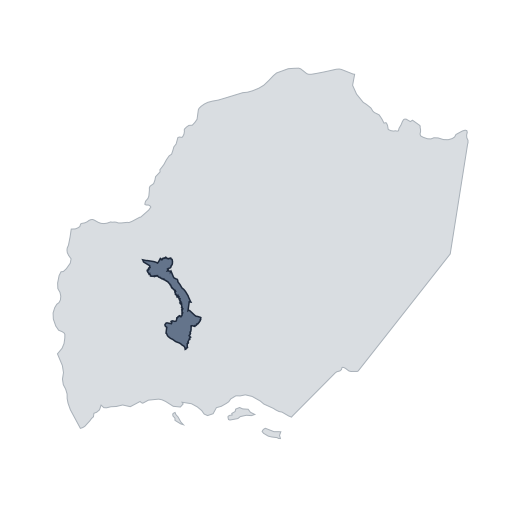 location of Kilombero, Morogoro, United Republic of Tanzania, rotated 99°
{"feature_id": "72390352B25590445201102", "entity_name": "Kilombero", "entity_type": "district", "adm_level": 2, "iso_a3": "TZA", "parent_name": "United Republic of Tanzania", "parent_adm1": "Morogoro", "projection": "mercator", "projection_center": [36.337, -8.562], "detail": "fine", "context": "in_parent", "style": "filled", "palette": "slate", "viewbox_px": 512, "rotation_deg": 99, "n_neighbors": 0, "source": "geoboundaries", "source_scale": "gbopen_adm2", "svg_char_len": 9433}
<svg xmlns="http://www.w3.org/2000/svg" viewBox="0 0 512 512"><g transform="rotate(99 256 256)"><path d="M185.9,364.4L180.1,361.3L174.9,359.5L170.6,357.4L168.7,355.3L164.6,354.6L161.1,354.2L157.9,352.4L151.3,351.7L150.5,350.4L150.4,347.6L149.2,346.9L146.8,346.2L144.2,346.2L142.6,346.6L141.7,346.4L139.5,344.8L137.5,342.7L136.8,339.4L133.7,337.3L130.2,335.6L120.5,335.8L119.0,335.3L116.7,333.6L114.0,330.8L111.8,327.7L109.9,323.4L107.9,317.6L96.7,294.5L95.6,290.1L93.4,285.3L89.8,279.4L86.1,275.0L80.9,271.0L75.1,267.0L72.0,264.3L66.0,253.5L64.8,248.4L63.8,243.2L64.2,241.1L68.0,234.3L68.3,232.4L67.9,229.8L66.1,224.5L63.7,217.9L59.0,206.0L58.3,203.0L58.4,200.8L61.1,188.7L61.1,187.0L72.3,187.3L80.4,182.0L87.5,174.1L88.9,170.8L91.8,165.7L94.7,163.2L95.8,161.5L97.4,156.4L101.1,153.0L104.7,150.4L104.0,148.5L104.5,147.8L106.5,146.5L110.3,145.2L111.1,142.6L111.1,139.6L110.5,137.9L110.6,136.0L110.0,134.9L107.5,134.7L103.7,133.2L100.6,132.5L98.5,131.7L97.7,131.0L97.3,129.2L99.1,124.6L97.4,122.7L101.2,115.1L101.9,114.2L103.4,114.0L105.6,113.2L107.7,112.9L109.4,113.1L110.6,112.8L111.7,112.0L112.6,109.4L113.4,105.0L113.0,101.5L111.4,98.8L110.9,94.6L111.7,89.1L111.1,84.4L109.4,80.7L107.5,78.5L104.7,77.5L100.3,71.8L99.0,69.1L99.2,67.4L100.8,66.7L103.6,66.9L106.2,66.3L108.6,64.7L111.0,64.3L112.3,64.5L223.6,64.5L353.6,137.1L354.2,138.0L355.2,144.2L355.0,146.3L353.0,150.0L352.4,151.8L352.4,153.1L352.9,153.7L354.6,153.8L356.0,154.7L356.5,155.4L357.7,158.1L359.1,159.5L408.5,195.1L409.6,195.7L408.9,198.7L406.1,205.9L406.0,209.0L404.9,212.5L403.8,214.9L401.0,225.1L398.6,229.0L395.3,237.9L394.8,244.8L396.6,249.6L397.3,254.1L401.1,258.6L404.2,260.1L406.2,262.2L409.9,266.8L412.0,271.4L418.5,273.7L421.2,278.9L420.2,282.5L417.2,285.4L414.3,290.2L412.0,296.6L412.0,306.2L413.5,304.8L417.0,307.1L417.4,314.2L413.8,322.5L412.7,326.4L412.6,329.8L415.2,339.7L419.1,344.8L418.8,346.3L417.8,347.7L424.5,356.6L424.0,364.4L426.5,370.5L427.6,375.8L429.3,379.8L429.6,382.6L427.5,385.7L432.4,386.5L435.3,389.0L436.7,391.5L440.2,391.4L442.2,393.0L444.9,394.4L451.1,398.5L452.7,400.5L453.7,402.5L436.9,415.3L430.8,418.6L426.4,420.2L421.8,421.0L417.4,423.1L413.2,426.2L407.8,427.9L401.3,427.9L394.5,430.1L383.7,436.8L377.5,433.1L372.5,431.9L366.9,432.0L363.4,432.5L362.2,433.3L361.1,435.5L360.2,439.3L356.5,442.8L350.0,446.3L344.0,447.5L338.5,446.7L334.8,445.2L332.9,443.3L330.0,442.3L326.3,442.5L322.6,443.9L319.2,446.6L313.7,447.7L306.1,447.4L302.1,446.1L301.5,443.9L298.2,441.3L292.1,438.3L287.7,438.2L284.8,441.1L282.2,442.9L279.8,443.6L277.7,443.7L274.6,442.9L266.3,442.6L258.3,442.7L257.5,438.6L255.9,436.1L254.5,434.6L251.8,434.2L251.0,433.0L250.1,430.4L248.7,428.2L246.9,426.4L245.9,424.7L245.5,423.2L245.8,421.5L247.4,417.2L248.0,414.3L247.8,411.3L246.9,408.3L245.0,404.7L245.2,403.6L244.6,401.1L244.5,399.4L244.9,397.2L244.5,394.4L242.9,388.4L242.9,386.8L241.2,383.9L235.9,376.9L235.7,376.0L227.4,369.1L224.1,367.5L222.9,368.8L222.5,370.1L222.8,372.3L222.6,373.4L222.3,373.9L220.3,373.8L219.1,373.6L216.0,371.7L213.6,371.2L207.5,371.6L205.4,372.0L203.7,371.6L200.5,368.4L196.8,367.7L193.4,367.6L187.9,363.9L185.9,364.4ZM419.4,248.5L422.1,256.1L421.8,257.6L419.8,258.4L418.8,258.5L417.6,257.3L416.8,254.7L415.3,255.3L412.9,252.3L410.4,252.1L408.2,248.5L409.1,245.3L408.6,239.8L411.2,237.1L412.7,232.4L414.4,235.6L414.8,240.6L417.1,246.4L419.4,248.5ZM432.5,203.3L432.7,205.1L432.1,206.8L432.3,212.2L432.0,215.7L430.0,220.7L428.4,222.5L426.9,222.0L425.7,221.1L424.7,219.8L426.7,210.7L425.7,204.0L429.5,204.7L432.5,203.3ZM427.0,313.0L425.1,313.5L424.3,313.0L423.2,311.5L425.2,310.3L427.2,307.8L431.8,304.2L434.0,301.3L433.6,304.1L431.0,310.3L428.8,310.7L427.0,313.0Z" fill="#d9dde1" stroke="#a8b0b8" stroke-width="1"/><path d="M294.6,328.2L293.9,328.8L293.7,329.2L292.3,329.5L291.7,329.9L291.3,330.3L291.2,331.3L290.8,332.3L290.7,333.2L290.0,333.9L289.9,334.1L284.2,337.6L285.1,338.0L284.5,338.1L284.4,338.5L284.5,339.5L284.5,340.2L284.3,340.5L284.6,341.2L284.1,341.0L283.4,340.4L282.7,341.4L282.1,340.8L281.2,339.0L280.8,338.5L280.5,338.4L280.2,338.5L279.5,338.2L279.0,338.3L278.4,338.0L278.0,337.6L277.5,337.5L276.6,337.4L274.5,337.6L272.6,338.3L272.4,338.5L272.2,339.5L271.9,339.7L271.5,339.7L271.4,340.3L271.7,340.5L271.7,340.9L272.4,341.7L272.2,342.0L272.2,342.4L272.3,342.4L272.2,342.7L272.4,342.9L272.5,343.3L272.1,343.7L271.9,344.2L271.4,344.6L271.3,345.0L271.8,345.2L272.0,345.1L272.4,345.5L272.2,345.7L272.1,345.9L272.5,346.2L272.5,346.4L272.8,346.7L272.8,347.0L272.6,347.1L272.7,347.5L273.0,347.7L273.3,347.6L273.7,347.9L273.7,348.2L274.4,348.2L274.5,348.4L274.5,348.9L274.2,348.9L273.4,350.1L276.3,351.1L277.4,351.6L278.4,352.1L277.8,354.0L277.5,356.1L277.5,362.9L277.7,363.5L277.5,367.3L278.3,366.7L279.1,366.4L279.5,366.1L282.2,359.5L283.1,359.3L283.7,359.0L283.8,358.8L284.0,358.8L284.2,359.5L284.6,360.0L284.8,359.9L284.9,360.1L285.5,360.3L285.6,360.2L285.6,360.4L285.7,360.2L286.2,360.3L286.3,360.4L286.6,360.3L286.6,360.6L286.8,360.6L287.1,360.8L287.2,361.2L287.5,361.1L287.8,361.1L288.2,360.8L288.4,360.5L289.2,360.1L289.6,359.5L290.7,358.8L290.4,358.5L290.5,358.5L290.8,358.5L290.8,357.7L291.2,357.7L291.9,356.8L292.3,356.9L292.3,356.7L292.3,355.7L292.1,355.2L292.2,354.7L292.0,354.4L292.0,354.1L292.1,353.8L291.8,353.6L292.0,353.4L291.8,353.3L291.9,353.2L291.7,353.1L291.7,352.8L291.8,352.7L291.6,352.5L291.5,352.4L291.5,352.1L291.6,351.9L291.2,351.7L291.1,351.8L291.0,351.6L291.3,351.2L291.0,351.0L291.0,350.8L290.9,350.7L290.8,350.3L291.1,350.3L291.1,350.1L291.4,349.9L291.8,349.1L292.1,348.8L292.2,347.8L292.1,347.5L292.4,347.3L292.3,347.1L292.8,346.5L292.8,346.2L293.0,346.0L293.2,345.6L293.0,345.3L293.3,344.9L293.2,344.0L293.4,344.0L293.4,343.5L293.6,343.6L293.7,343.4L293.5,343.2L293.9,342.9L293.9,342.4L294.4,341.4L294.4,341.0L294.7,340.7L294.7,340.3L294.9,340.2L295.0,339.7L295.3,339.3L295.3,339.0L295.6,338.5L295.9,338.4L296.6,337.5L297.1,336.7L297.4,336.5L297.8,336.5L297.9,335.9L298.1,335.9L298.6,335.4L299.2,335.0L299.3,335.1L299.5,335.0L299.9,334.8L299.9,334.7L300.0,334.5L300.2,334.4L300.5,333.8L300.9,333.9L301.0,333.8L301.1,333.1L301.3,333.0L301.7,332.2L301.9,332.2L302.0,332.0L302.0,331.9L302.3,331.7L302.3,331.4L302.4,331.0L302.6,330.9L302.6,330.4L302.9,330.2L303.4,330.1L303.5,330.0L303.6,330.3L303.8,330.2L303.9,330.3L304.1,330.2L304.3,330.3L304.2,330.5L304.6,330.4L304.8,330.2L305.1,330.1L305.1,329.9L305.4,329.8L305.6,329.6L305.8,329.6L306.0,329.4L306.5,329.5L306.5,329.2L306.6,328.9L306.8,328.6L307.1,328.6L307.3,328.2L307.7,328.2L307.9,327.9L308.1,327.8L307.8,327.7L308.0,327.6L307.8,327.5L308.0,327.4L307.9,326.9L308.0,326.8L307.8,326.7L308.2,326.6L308.2,326.2L308.5,326.4L308.4,326.1L308.8,326.1L308.7,325.8L309.2,325.8L309.3,325.7L310.0,325.5L310.0,325.1L310.3,325.3L310.8,325.0L311.1,324.8L311.0,324.6L311.3,324.7L311.5,324.6L311.6,324.2L312.1,324.2L312.5,324.0L312.4,323.6L312.6,323.5L312.7,323.3L312.9,323.1L312.9,323.3L313.1,323.3L313.3,323.5L313.6,323.3L314.0,323.7L314.2,323.3L314.5,323.4L314.5,323.2L314.6,322.7L314.9,322.9L315.0,322.9L314.9,322.2L315.4,322.3L315.8,322.0L315.9,321.7L316.6,321.7L316.9,321.4L316.8,321.2L317.0,321.4L317.7,321.2L318.0,321.5L318.5,321.5L318.6,321.3L318.5,321.0L318.8,320.9L318.9,320.7L319.2,320.7L319.4,320.2L319.7,320.4L319.6,320.8L319.8,320.8L320.1,320.6L320.2,320.2L320.6,320.4L320.8,320.8L321.4,320.4L321.6,320.6L322.2,320.4L322.5,320.4L323.2,319.8L323.4,319.9L323.4,320.2L323.6,320.2L323.7,319.7L324.2,320.0L324.5,319.7L324.9,320.0L325.2,319.8L325.5,319.9L326.1,319.8L326.6,319.9L326.7,320.1L326.9,320.2L326.9,320.4L327.5,320.6L327.4,320.7L327.5,320.9L327.3,320.9L327.3,321.1L327.2,321.2L327.2,321.5L326.9,322.3L327.1,322.6L327.7,322.7L328.1,323.5L328.8,323.6L328.9,323.8L329.3,323.9L329.4,324.5L332.0,324.5L332.9,324.9L333.3,326.1L333.1,328.2L333.3,328.9L333.7,329.3L333.9,329.7L334.1,329.7L334.2,329.1L334.7,328.8L335.1,328.7L335.5,328.8L336.2,329.1L335.9,330.6L336.2,331.1L335.9,332.7L336.2,334.2L336.4,334.4L336.8,334.5L337.7,335.1L338.1,335.2L338.8,335.0L339.2,334.6L339.8,334.4L340.0,333.7L340.3,333.0L340.9,332.9L341.4,333.0L346.3,332.8L346.4,332.3L348.5,331.0L349.3,330.1L350.5,328.0L350.9,327.1L351.4,325.2L352.8,322.6L353.2,321.6L353.9,318.1L354.6,316.4L355.2,315.7L356.3,313.1L357.1,312.3L357.9,311.8L359.2,311.4L359.0,311.2L359.1,310.8L357.8,310.3L357.3,309.4L357.0,309.3L356.8,309.5L355.4,309.9L354.2,310.0L353.5,310.3L352.7,309.3L352.1,309.2L351.9,309.3L351.8,309.8L351.1,309.8L350.7,309.5L349.6,309.3L349.1,309.0L348.8,308.4L348.0,308.9L347.8,308.9L347.2,308.3L346.8,308.4L346.7,308.3L346.7,308.5L346.2,308.4L345.9,308.5L345.9,308.8L345.5,309.0L345.3,309.6L345.0,309.7L343.7,308.8L342.7,308.6L342.4,309.1L341.9,309.0L341.6,309.2L341.3,309.2L340.9,308.7L339.3,308.6L339.1,308.7L338.7,308.6L337.3,308.9L335.9,308.9L335.4,309.3L335.2,309.2L335.0,308.9L334.8,308.2L334.9,307.8L334.8,307.4L335.0,306.8L335.0,306.5L335.1,305.8L334.7,305.9L334.3,305.6L334.5,304.9L334.2,304.6L333.5,304.1L333.4,304.1L333.0,303.9L332.6,304.0L332.5,303.8L332.8,303.6L332.4,303.4L332.0,303.0L332.1,302.8L332.0,302.7L331.6,302.7L331.4,302.3L330.5,302.0L330.3,301.7L329.2,301.4L328.9,301.2L328.7,300.9L328.0,300.9L327.5,301.1L327.2,300.7L326.8,300.9L325.5,300.8L325.3,301.2L324.8,304.4L324.9,304.9L324.8,305.2L324.9,305.8L324.1,307.3L320.2,313.1L320.2,314.2L320.6,314.6L311.7,314.8L311.7,313.1L310.0,314.4L309.1,314.9L307.2,316.2L306.0,316.8L302.0,320.2L300.3,322.1L299.1,324.2L296.1,326.6L294.6,328.2Z" fill="#64748b" stroke="#1e293b" stroke-width="1.5"/></g></svg>